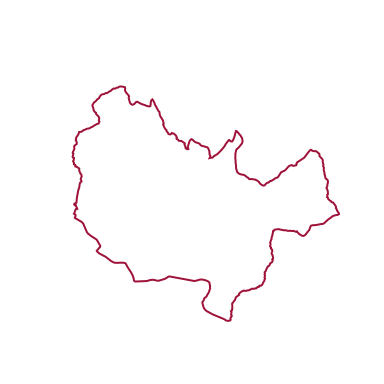 the district of Bumula, Western, Kenya, rotated 306°
{"feature_id": "3690345B11418167735466", "entity_name": "Bumula", "entity_type": "district", "adm_level": 2, "iso_a3": "KEN", "parent_name": "Kenya", "parent_adm1": "Western", "projection": "albers", "projection_center": [34.469, 0.568], "detail": "fine", "context": "isolated", "style": "outline", "palette": "rose", "viewbox_px": 384, "rotation_deg": 306, "n_neighbors": 0, "source": "geoboundaries", "source_scale": "gbopen_adm2", "svg_char_len": 6030}
<svg xmlns="http://www.w3.org/2000/svg" viewBox="0 0 384 384"><g transform="rotate(306 192 192)"><path d="M229.7,67.8L227.8,67.1L225.9,66.8L224.9,66.1L222.9,65.5L222.0,65.0L221.2,64.0L220.1,63.6L217.5,61.5L215.3,61.3L213.0,61.6L211.3,60.9L210.3,60.9L208.1,60.6L207.1,60.1L203.6,60.4L202.8,61.3L202.3,62.3L200.1,64.7L199.6,66.6L199.7,67.7L198.8,68.5L198.4,70.1L198.3,71.6L197.2,73.6L195.1,74.6L194.6,75.7L192.6,76.2L190.7,74.9L189.4,74.4L188.3,73.8L186.1,73.1L185.2,72.4L183.1,71.5L181.4,69.8L179.5,68.8L178.0,67.7L176.9,67.6L175.7,67.1L174.2,65.4L171.9,66.2L168.2,66.3L167.3,66.6L166.6,67.2L165.8,67.3L164.7,69.2L163.9,70.0L162.8,70.5L160.5,69.7L159.5,69.9L157.8,71.5L154.2,72.2L153.4,72.6L153.3,73.5L150.3,74.7L149.9,75.5L150.2,76.5L148.0,77.7L146.9,77.7L146.5,78.8L146.0,79.6L145.0,80.2L145.3,81.4L145.0,82.3L144.1,82.6L144.7,84.5L144.7,87.0L143.0,88.2L141.2,91.1L141.1,92.2L139.6,93.7L137.8,94.1L136.7,94.6L135.8,96.3L134.7,96.4L133.8,96.0L131.6,96.9L129.2,98.2L126.5,99.0L119.4,102.4L115.5,104.8L113.5,103.7L112.6,104.1L112.5,105.0L113.7,105.1L112.8,105.9L112.3,106.6L112.0,107.4L110.9,109.1L109.9,108.1L107.9,108.5L106.1,109.2L105.0,109.3L105.1,111.0L104.3,111.8L102.2,112.4L102.9,120.3L102.7,121.8L102.3,122.9L97.9,130.3L97.2,132.3L97.1,136.7L97.4,141.6L97.4,142.8L97.0,143.9L94.5,149.5L93.5,149.9L88.4,149.5L88.0,150.6L87.8,153.2L88.8,160.1L88.6,167.4L88.9,169.6L89.1,170.5L90.1,172.3L93.9,177.2L94.9,179.0L95.2,180.3L93.4,184.0L91.2,189.8L89.7,192.9L87.9,195.5L86.3,197.0L86.0,198.1L86.6,199.2L93.2,207.5L94.1,208.4L96.1,209.8L97.9,211.8L98.6,213.1L99.8,216.0L100.9,217.4L105.6,221.0L108.4,222.3L109.3,222.5L110.1,223.0L110.7,223.9L121.2,245.9L122.0,246.9L125.9,250.0L127.2,251.7L128.7,255.3L129.2,258.0L128.9,259.4L127.6,260.6L127.1,261.5L125.6,262.5L124.7,263.3L121.3,264.4L119.4,264.8L118.4,264.7L116.3,265.1L115.3,265.1L114.2,264.6L113.1,264.5L110.7,265.2L109.4,265.1L108.4,265.5L105.8,268.8L105.0,270.0L104.4,272.2L104.3,274.0L105.1,280.4L108.0,292.6L108.1,294.9L108.4,295.9L109.0,297.0L110.7,298.5L111.7,298.1L112.2,297.5L113.3,297.0L114.5,297.2L115.4,296.8L115.6,295.8L118.0,294.6L118.5,293.5L119.7,293.9L120.5,293.4L121.5,293.1L125.5,290.0L126.7,290.2L128.2,290.0L129.5,290.3L132.7,289.4L134.5,289.9L136.5,290.6L137.2,289.9L138.5,290.0L140.8,290.7L142.8,291.9L143.1,292.9L143.8,293.9L145.0,294.7L145.9,295.8L146.9,296.1L147.4,296.7L149.0,297.3L150.2,299.2L151.2,299.7L151.7,300.5L153.7,300.9L154.1,301.6L155.0,302.0L155.7,301.6L157.2,303.1L158.2,303.3L161.3,302.7L162.4,302.8L163.6,302.2L164.9,302.0L165.6,300.8L167.5,300.1L167.9,299.2L168.9,298.9L169.8,297.9L171.1,298.1L174.6,297.3L176.7,297.2L177.6,297.7L178.8,297.7L180.2,297.2L182.3,298.0L184.4,297.4L184.7,296.5L185.8,296.7L186.7,296.0L188.3,294.2L188.5,293.3L189.1,292.6L189.9,292.1L191.0,291.9L191.8,291.3L192.5,290.5L192.6,289.2L193.6,288.5L193.9,287.1L196.0,286.2L196.8,285.1L199.5,284.2L200.5,284.1L202.5,282.9L203.8,282.7L205.4,281.8L206.3,281.6L208.0,280.5L208.8,281.1L209.9,280.8L213.0,284.0L213.5,285.6L214.5,287.5L214.8,288.5L216.1,290.3L217.0,292.6L217.9,293.5L219.2,295.8L220.2,297.0L221.0,299.7L221.8,300.0L221.5,301.0L221.0,303.5L221.3,306.6L221.7,307.6L222.3,308.2L223.5,308.8L225.2,309.0L226.3,308.9L230.3,309.2L233.1,308.3L234.7,308.1L235.9,309.0L238.0,311.6L242.1,315.4L242.8,316.3L244.1,317.2L249.3,318.2L252.9,319.4L254.7,319.8L256.6,320.9L259.3,323.4L260.5,323.9L261.4,322.8L261.8,321.3L262.4,320.0L263.1,319.2L263.5,317.9L264.7,317.2L265.5,315.5L265.9,313.8L266.5,312.5L265.8,310.9L266.3,309.9L266.1,309.0L266.2,307.6L266.5,306.2L267.2,305.3L267.2,304.2L268.3,304.0L269.1,303.1L270.0,303.3L272.0,301.8L273.3,300.3L274.4,298.3L275.6,298.2L277.1,297.6L277.9,296.9L279.1,296.7L280.9,295.4L281.5,294.2L281.5,292.1L284.0,289.3L284.3,288.6L285.3,288.0L287.4,285.4L288.5,284.9L289.3,284.3L290.1,282.7L291.4,282.3L292.7,280.6L293.6,279.7L294.5,279.2L295.1,278.4L296.0,274.0L297.5,272.9L297.8,272.0L297.7,271.0L298.0,269.9L297.8,268.0L297.1,267.3L296.5,266.3L296.0,264.8L296.2,263.9L295.7,263.1L293.5,262.8L285.6,262.6L277.7,259.6L276.6,259.7L276.0,260.4L274.7,260.5L272.6,258.5L272.5,257.0L270.9,255.7L269.5,255.1L265.0,254.7L263.8,254.4L260.4,252.5L254.6,252.8L253.8,252.6L253.0,251.8L251.0,250.9L249.7,250.6L247.4,249.5L246.9,248.8L244.7,248.4L243.9,247.6L242.7,247.1L240.0,246.8L239.1,246.0L238.8,244.7L238.7,243.0L238.9,241.6L239.5,240.5L239.6,238.1L239.3,237.0L239.3,236.1L237.6,232.7L236.2,231.0L236.1,230.2L236.5,229.1L236.3,227.1L236.5,226.2L236.4,224.1L234.9,221.0L234.5,219.5L234.6,217.0L237.0,213.8L239.0,212.3L241.3,210.1L243.4,208.5L244.1,207.7L248.8,204.4L251.9,203.1L252.8,203.0L255.5,203.6L260.8,203.9L263.2,202.8L265.1,200.7L265.8,198.8L266.4,197.9L266.4,196.7L267.2,194.3L267.2,193.4L267.5,192.6L267.1,191.7L261.3,194.0L257.7,194.8L256.4,194.7L255.7,193.5L256.0,191.7L255.4,191.2L250.7,191.1L248.1,191.4L243.9,191.2L239.4,190.6L237.4,190.2L233.7,188.6L232.7,188.6L231.5,188.1L230.8,187.0L229.9,186.3L231.0,186.1L232.1,185.5L232.6,184.2L235.2,182.1L237.0,179.2L237.1,178.0L235.0,172.3L235.0,171.3L235.4,170.2L235.3,168.5L234.2,165.2L234.6,161.5L234.4,160.5L233.1,160.1L231.8,160.1L225.6,162.2L225.3,163.2L224.6,163.8L223.9,163.1L223.6,161.8L223.9,160.8L225.3,159.4L226.0,158.0L227.1,157.6L227.1,153.5L225.7,151.4L226.2,149.4L225.9,148.6L226.3,147.8L227.3,147.6L228.2,145.9L228.6,142.9L228.0,142.0L227.8,140.9L226.8,141.0L225.8,140.6L225.2,139.4L225.2,138.4L225.9,137.5L226.3,135.6L227.1,134.9L227.1,133.9L227.8,132.1L229.0,130.0L229.7,128.9L230.6,129.0L232.9,126.3L233.3,125.1L233.9,124.1L234.1,123.0L235.3,120.8L237.6,118.6L238.0,116.7L238.9,115.0L239.2,114.0L239.9,113.2L240.5,111.4L242.1,109.0L243.3,106.6L243.6,105.5L242.2,105.2L240.8,105.7L237.2,107.8L236.2,107.3L235.1,105.1L234.5,102.4L233.5,99.5L232.8,94.5L231.9,93.9L229.4,93.6L228.3,93.1L227.6,92.5L227.3,91.5L227.4,90.2L228.0,89.0L231.0,85.3L232.4,84.9L232.9,84.0L233.6,80.6L234.3,78.9L235.1,77.8L236.5,77.1L237.3,76.2L236.6,74.2L235.2,71.9L234.3,71.2L233.2,70.9L232.4,70.0L231.2,69.5L230.3,68.8L229.7,67.8Z" fill="none" stroke="#9f1239" stroke-width="2"/></g></svg>